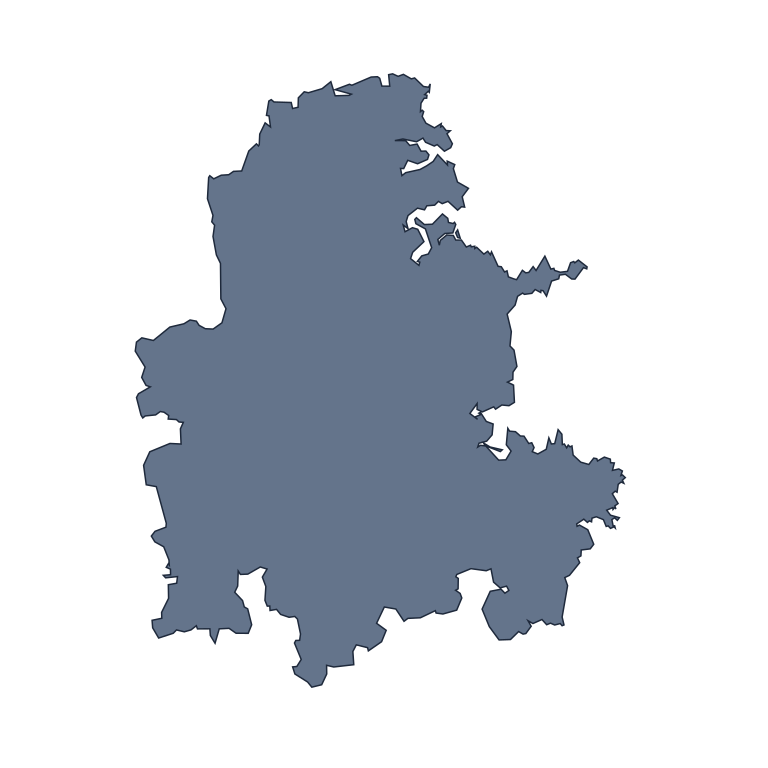 the district of Bandon - Kinsale Lea-6, Cork, Ireland, rotated 277°
{"feature_id": "5873133B71141720266314", "entity_name": "Bandon - Kinsale Lea-6", "entity_type": "district", "adm_level": 2, "iso_a3": "IRL", "parent_name": "Ireland", "parent_adm1": "Cork", "projection": "mercator", "projection_center": [-8.645, 51.706], "detail": "fine", "context": "isolated", "style": "filled", "palette": "slate", "viewbox_px": 768, "rotation_deg": 277, "n_neighbors": 0, "source": "geoboundaries", "source_scale": "gbopen_adm2", "svg_char_len": 6140}
<svg xmlns="http://www.w3.org/2000/svg" viewBox="0 0 768 768"><g transform="rotate(277 384 384)"><path d="M400.3,138.0L395.4,133.2L386.3,133.1L371.7,144.8L361.0,142.7L353.6,148.0L352.7,152.4L344.4,141.5L340.4,140.0L323.6,146.6L320.9,148.7L323.2,150.9L325.5,161.1L329.4,165.3L329.2,169.1L326.5,174.1L322.9,174.1L323.4,182.3L321.3,185.2L321.5,189.5L314.7,187.4L299.7,189.9L298.9,178.8L288.2,159.8L274.0,155.3L255.0,160.3L254.4,170.5L219.2,184.9L215.3,185.0L209.9,174.7L204.7,171.6L199.4,175.8L195.6,185.2L183.2,192.0L178.3,192.9L179.4,191.9L175.5,190.2L174.2,194.6L168.7,195.4L167.2,188.3L165.0,190.9L167.7,202.5L161.0,202.5L158.5,194.4L145.0,196.3L130.2,191.1L124.4,192.0L121.2,182.6L113.8,184.1L104.4,191.3L110.9,205.2L114.6,208.0L113.7,216.0L116.4,222.4L121.2,227.2L118.2,228.7L119.8,241.0L113.2,242.3L106.1,247.9L120.9,250.3L122.6,260.0L118.6,267.5L120.0,279.6L128.9,282.0L144.2,276.1L145.7,272.5L151.8,270.0L159.1,261.2L165.6,263.4L180.6,262.1L177.5,264.7L178.7,272.0L187.3,283.5L186.1,290.5L177.5,286.8L168.6,291.4L154.8,292.2L149.3,295.2L149.7,297.7L145.3,298.5L147.2,304.8L142.7,309.5L140.9,318.2L142.4,323.8L140.2,326.7L125.7,331.6L119.3,331.5L118.7,327.7L116.0,326.7L100.5,335.4L93.0,331.9L92.1,327.8L85.3,330.9L78.9,344.5L74.3,349.3L77.9,358.8L89.2,362.5L97.8,361.3L97.0,368.6L101.7,388.2L114.7,385.7L121.7,388.3L120.3,399.8L117.2,401.0L127.9,413.0L139.8,416.2L145.6,405.8L162.7,411.5L162.1,423.2L150.9,432.8L154.3,436.3L156.4,448.6L165.3,462.6L163.0,463.6L162.9,470.5L168.4,483.7L181.1,487.3L185.4,485.1L188.0,480.2L189.7,482.5L200.1,481.4L201.4,478.8L203.8,479.4L211.3,492.8L211.1,508.2L213.6,512.7L200.7,516.9L195.8,524.1L198.3,530.3L194.3,533.1L191.1,529.5L194.6,525.2L191.2,514.7L172.5,508.8L156.0,518.1L144.0,529.4L145.8,540.7L154.7,547.8L152.7,552.5L153.6,555.2L161.5,559.6L166.6,555.8L164.4,561.0L169.5,569.5L164.9,574.8L166.9,578.4L165.6,582.8L167.7,588.1L165.8,590.2L166.8,592.0L174.4,589.2L206.2,590.8L213.9,587.0L216.7,591.4L230.5,600.0L235.0,597.2L237.4,600.4L243.3,600.0L245.5,608.8L250.5,611.7L264.2,604.0L267.8,595.2L266.3,593.0L268.6,592.3L274.2,598.8L271.4,602.8L273.2,604.5L272.5,606.8L276.2,606.8L278.1,610.9L276.1,618.3L269.7,621.9L270.5,623.8L268.3,626.4L269.9,629.1L277.2,626.7L279.3,629.2L277.1,632.2L280.0,633.9L281.4,624.8L285.9,620.4L289.2,626.1L287.4,626.6L289.7,628.1L288.1,629.4L291.2,628.0L293.9,630.9L302.9,624.0L305.8,626.5L305.0,628.5L313.0,628.7L315.6,631.3L314.7,634.1L317.6,632.3L320.5,634.9L322.8,631.8L322.0,630.3L326.7,631.2L328.3,627.4L326.1,621.3L333.7,622.2L333.5,618.5L337.0,617.8L338.3,611.6L333.6,605.3L335.8,604.3L336.0,601.2L329.1,597.1L330.4,588.8L336.5,580.4L345.4,578.1L344.3,576.3L345.8,574.3L342.9,573.1L346.4,570.3L345.6,568.4L355.8,566.7L359.9,562.4L345.6,560.7L344.9,557.4L350.6,554.2L339.0,553.0L333.3,545.2L334.9,539.4L339.2,540.7L343.7,537.8L342.6,534.9L349.3,529.3L349.0,525.7L352.7,520.3L352.5,514.4L355.1,512.3L338.6,512.8L332.9,518.3L323.6,514.2L322.4,507.1L335.0,492.4L331.1,507.7L333.1,509.4L334.4,497.0L337.5,490.1L334.9,492.0L334.9,487.3L332.8,484.7L336.8,485.5L339.8,492.9L346.7,497.5L357.6,497.2L359.3,490.1L367.6,483.2L366.6,481.7L365.6,484.0L362.3,478.2L360.3,481.2L365.2,472.8L375.9,478.8L370.1,479.5L368.3,485.1L374.7,495.7L372.6,497.8L377.5,503.5L377.7,510.7L381.7,515.7L398.7,512.7L400.9,506.3L404.2,511.3L411.5,510.6L417.6,513.8L433.5,508.9L437.1,504.4L451.5,504.0L468.4,497.7L478.3,504.5L487.3,505.9L491.1,510.5L490.1,512.4L492.0,519.7L496.2,522.5L493.9,528.4L496.1,528.4L496.0,530.5L491.0,534.6L506.6,537.8L509.7,544.6L513.5,544.9L515.0,550.7L511.1,557.5L511.4,560.8L523.8,567.8L523.0,571.2L525.0,571.3L530.7,561.8L527.5,558.6L528.7,557.4L527.1,554.4L518.2,552.4L516.4,545.3L517.5,539.5L519.5,538.5L518.4,535.6L530.5,528.1L515.2,521.1L518.7,517.7L512.4,514.1L511.6,511.1L513.7,507.5L503.7,502.9L504.2,499.8L505.5,494.4L511.3,492.3L509.9,490.0L514.7,486.1L514.7,482.9L528.3,474.6L525.2,473.8L528.4,470.8L525.1,467.3L531.0,459.3L529.6,457.6L531.8,457.3L530.8,453.9L532.3,453.0L530.0,449.0L536.3,443.3L535.6,437.7L539.9,434.7L539.5,428.1L533.4,422.4L528.5,422.0L534.0,419.8L540.8,426.0L542.3,433.9L551.1,435.8L553.1,434.3L551.7,433.1L552.2,428.3L556.2,427.1L559.9,421.3L548.5,412.6L547.2,404.6L553.0,395.9L551.1,394.5L547.0,396.1L543.0,406.2L525.1,414.7L518.4,412.1L515.8,405.9L509.8,402.2L509.3,404.7L506.0,404.2L511.7,395.1L518.2,396.4L530.2,406.3L541.7,398.6L542.6,393.2L537.7,386.3L544.1,383.7L541.1,388.9L548.0,386.2L554.1,387.3L562.6,395.8L561.8,403.0L566.1,404.8L567.7,412.5L571.9,415.8L570.1,419.8L573.1,425.3L565.5,435.9L569.4,439.3L569.4,442.5L579.4,438.8L588.5,444.0L593.4,432.3L606.2,426.6L610.4,427.5L612.9,419.6L609.1,420.3L618.2,409.3L610.9,405.7L605.6,399.6L601.3,393.6L596.4,379.8L593.0,376.4L600.0,374.1L600.2,377.3L608.9,380.3L606.7,390.5L612.2,399.8L616.9,400.7L620.3,397.2L619.6,392.4L626.2,387.6L623.9,380.5L628.2,375.8L626.9,365.1L629.5,372.9L628.4,386.8L632.8,392.7L629.0,395.8L626.3,404.9L628.1,407.6L622.4,415.6L626.7,421.4L630.8,422.6L640.1,416.0L643.4,418.9L643.1,414.8L647.2,410.6L646.1,409.0L649.4,409.1L644.4,402.9L648.0,393.8L654.2,389.3L659.2,390.2L660.4,388.5L658.8,387.0L667.2,386.5L672.5,389.0L672.9,391.5L675.8,391.5L676.2,389.1L679.9,392.2L679.0,393.4L687.5,393.3L684.0,392.1L684.1,386.9L691.5,377.1L690.2,373.9L693.7,365.5L691.1,360.5L692.9,354.8L691.6,350.9L680.3,353.4L679.4,345.6L686.9,342.5L688.2,340.1L687.1,333.8L676.6,315.7L677.3,313.2L670.2,299.6L667.7,316.3L666.2,314.1L664.1,300.4L677.6,294.4L669.6,286.6L663.9,273.5L664.3,269.2L657.6,264.1L648.2,265.0L646.3,259.7L652.1,257.6L650.5,240.5L652.5,237.4L650.8,235.2L636.3,234.6L636.1,237.2L625.3,240.0L628.7,234.2L616.9,230.2L606.3,231.0L605.0,230.4L606.8,228.1L598.8,221.4L578.1,216.8L576.7,208.7L572.8,204.4L571.4,197.0L566.9,190.0L569.5,185.7L567.6,184.8L546.4,186.2L530.5,193.7L524.0,193.3L521.0,196.5L509.6,196.3L491.7,201.9L483.8,207.0L448.6,211.7L439.5,218.0L425.0,215.7L417.7,207.7L417.1,199.9L419.7,193.3L423.5,190.1L423.9,183.7L419.4,178.1L414.4,164.5L399.1,149.8L400.3,138.0ZM538.4,439.2L538.0,441.9L545.9,438.3L542.8,436.7L538.4,439.2ZM269.3,631.0L271.9,630.0L270.2,629.8L269.3,631.0Z" fill="#64748b" stroke="#1e293b" stroke-width="1.5"/></g></svg>